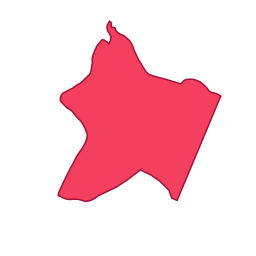 the district of Bakil Al Mir, Hajjah, Yemen, rotated 24°
{"feature_id": "15242507B36780035445887", "entity_name": "Bakil Al Mir", "entity_type": "district", "adm_level": 2, "iso_a3": "YEM", "parent_name": "Yemen", "parent_adm1": "Hajjah", "projection": "equal_earth", "projection_center": [43.292, 16.508], "detail": "fine", "context": "isolated", "style": "filled", "palette": "rose", "viewbox_px": 256, "rotation_deg": 24, "n_neighbors": 0, "source": "geoboundaries", "source_scale": "gbopen_adm2", "svg_char_len": 3281}
<svg xmlns="http://www.w3.org/2000/svg" viewBox="0 0 256 256"><g transform="rotate(24 128 128)"><path d="M75.3,41.8L71.6,42.5L70.4,39.5L70.1,38.7L69.2,38.4L67.8,37.8L67.7,38.1L67.6,38.4L67.4,41.0L67.4,41.3L67.4,41.5L67.4,41.8L67.4,42.0L67.4,42.5L67.5,43.2L67.6,43.9L68.2,45.1L68.9,46.2L69.6,47.3L74.9,51.1L76.5,54.9L76.2,57.0L76.5,58.2L76.2,58.8L75.6,58.7L74.5,58.1L70.6,57.3L68.7,57.8L68.1,58.6L67.5,61.7L66.9,62.9L66.5,64.4L66.2,65.8L66.2,66.4L66.2,67.2L66.1,68.6L66.1,70.3L66.2,71.9L66.3,73.3L66.3,74.9L66.6,76.5L66.8,78.0L67.1,79.4L67.7,80.6L68.4,81.9L69.0,83.4L69.3,84.8L69.5,85.6L71.0,90.9L71.3,94.2L67.7,103.1L66.8,105.3L66.1,106.8L65.1,108.0L64.3,108.7L63.7,109.8L63.0,111.1L62.3,112.3L61.6,113.6L60.8,114.7L60.0,115.7L59.1,116.7L58.2,117.8L57.5,118.8L56.7,119.8L55.8,120.9L55.0,121.8L54.3,122.9L53.8,124.3L53.7,125.4L53.7,125.7L53.9,127.1L54.2,128.5L54.8,129.9L55.5,131.0L60.2,132.9L61.6,133.4L64.4,134.5L64.7,134.5L65.6,134.6L66.9,134.7L68.3,134.9L69.3,135.2L70.3,135.5L71.4,136.1L72.6,136.7L73.6,137.3L74.8,137.9L76.1,138.5L77.1,139.0L78.2,139.4L78.3,139.4L79.4,139.9L80.5,140.3L81.7,140.8L82.1,141.0L82.8,141.4L83.8,142.0L84.8,142.6L85.9,143.4L86.9,144.1L88.0,145.0L89.0,145.9L89.8,146.8L90.8,147.8L91.6,148.7L92.6,149.4L93.3,150.4L93.8,151.6L94.3,153.0L94.6,154.4L94.8,156.0L94.9,157.3L94.9,157.9L94.9,158.9L94.9,160.3L94.7,161.9L94.6,163.4L94.4,164.8L94.3,166.2L94.0,167.8L93.6,169.3L93.3,170.7L93.0,172.2L92.8,173.7L92.6,175.2L92.6,176.6L92.5,178.3L92.4,180.1L92.4,181.6L92.3,183.0L92.1,184.6L92.0,186.1L91.8,187.6L91.8,189.0L91.7,190.4L91.6,191.9L91.5,193.5L91.4,195.1L91.3,196.6L91.3,198.2L91.2,199.8L91.2,201.6L91.1,203.2L91.1,204.5L91.1,206.4L91.1,208.0L91.0,209.6L91.0,211.1L91.0,212.5L91.0,214.1L91.2,215.7L91.4,217.0L91.7,218.2L92.6,218.1L93.7,218.1L95.0,218.1L96.3,218.2L97.4,218.2L98.4,218.2L99.5,218.1L100.7,218.0L101.7,217.8L102.8,217.3L103.9,217.0L104.9,216.5L106.0,215.9L107.1,215.2L108.4,214.7L109.5,214.2L110.6,213.7L111.7,213.4L112.8,213.2L113.9,213.1L115.0,212.9L115.8,212.8L116.1,212.7L117.1,212.7L118.3,212.5L119.3,212.0L120.4,211.5L121.5,210.9L122.4,210.2L123.0,209.6L123.3,209.4L124.1,208.5L124.9,207.6L125.1,207.4L125.7,206.5L126.6,205.2L127.3,204.1L128.0,202.8L128.7,201.5L138.4,190.3L141.9,186.1L144.4,182.1L145.6,180.1L146.6,178.6L146.8,178.4L147.7,177.1L155.1,163.5L155.6,162.7L155.9,162.1L156.2,161.4L156.6,161.2L160.5,161.4L168.3,161.7L178.1,163.5L179.8,164.1L190.6,168.1L196.5,174.2L202.3,174.2L201.5,136.6L201.4,134.2L200.6,97.6L199.8,64.2L199.9,61.1L197.5,60.8L195.5,60.6L194.0,60.7L193.1,60.8L191.9,61.2L190.6,61.4L189.3,61.5L187.8,61.2L186.7,61.0L185.8,60.6L183.5,59.1L178.8,57.6L176.1,56.7L174.3,56.4L172.0,56.6L170.4,56.7L169.1,56.8L167.8,57.1L166.6,57.5L165.5,57.8L164.6,58.3L163.4,58.8L162.6,59.3L161.5,60.0L160.9,60.7L160.1,61.5L159.4,62.8L158.8,64.6L158.5,65.5L158.0,66.1L157.3,66.4L156.5,66.5L151.4,67.0L145.5,67.8L142.0,68.2L139.9,68.5L137.8,68.9L134.2,69.5L131.8,69.9L129.1,70.2L126.5,70.5L124.1,70.2L121.2,69.1L119.8,68.2L117.9,66.9L116.9,66.1L112.7,63.2L110.0,61.4L107.6,59.4L105.6,57.7L101.5,54.1L98.8,51.1L96.2,49.1L94.0,47.6L92.5,47.1L90.9,46.5L89.2,46.0L86.9,45.5L85.8,45.4L83.0,45.4L82.5,45.4L82.1,45.4L80.5,45.2L79.0,44.7L76.6,43.4L75.9,42.6L75.3,41.8Z" fill="#f43f5e" stroke="#9f1239" stroke-width="1.5"/></g></svg>